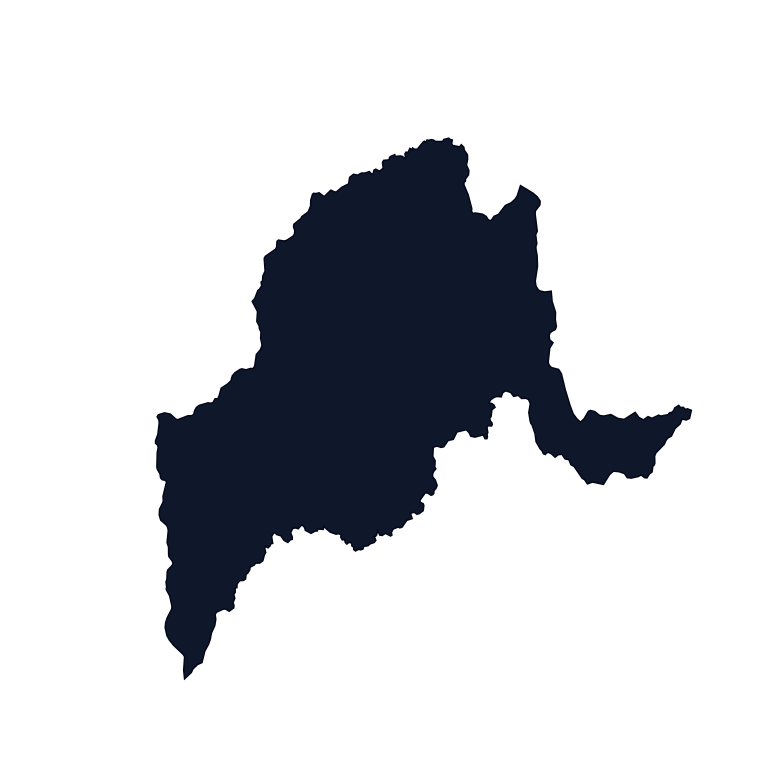 Grão Mogol, Minas Gerais, Brazil, rotated 342°
{"feature_id": "56859067B79659149842154", "entity_name": "Grão Mogol", "entity_type": "district", "adm_level": 2, "iso_a3": "BRA", "parent_name": "Brazil", "parent_adm1": "Minas Gerais", "projection": "natural_earth1", "projection_center": [-42.964, -16.475], "detail": "fine", "context": "isolated", "style": "filled", "palette": "ink", "viewbox_px": 768, "rotation_deg": 342, "n_neighbors": 0, "source": "geoboundaries", "source_scale": "gbopen_adm2", "svg_char_len": 6158}
<svg xmlns="http://www.w3.org/2000/svg" viewBox="0 0 768 768"><g transform="rotate(342 384 384)"><path d="M660.2,511.6L663.9,511.2L668.2,504.0L665.0,501.4L662.6,501.2L661.5,498.7L658.6,497.9L657.7,495.4L652.9,496.7L651.5,498.6L649.4,499.8L646.6,499.7L644.6,500.9L637.2,500.0L635.7,498.5L628.3,499.4L625.0,496.6L619.7,498.3L616.1,494.6L614.1,488.6L601.5,491.9L595.8,489.0L590.3,483.1L583.1,482.4L579.4,480.6L575.8,475.2L572.0,472.9L570.1,473.1L563.4,479.0L559.0,481.0L556.6,476.6L554.7,470.8L554.3,462.5L554.6,445.7L555.9,429.0L554.6,424.1L548.8,420.4L547.6,419.0L546.7,415.9L547.2,413.4L552.7,401.1L557.5,397.0L555.2,393.1L556.1,388.7L557.5,386.9L559.5,385.9L563.8,385.1L565.7,382.6L566.9,375.5L569.3,368.8L569.4,357.4L571.7,347.4L565.4,346.2L561.5,344.0L559.9,342.3L558.8,337.9L559.2,335.4L559.7,332.7L566.4,319.4L569.3,309.2L570.2,302.8L570.9,300.3L572.7,297.7L574.4,288.9L577.0,286.0L580.3,268.9L581.6,266.0L587.6,261.9L589.0,258.3L587.5,253.1L584.4,248.2L575.1,237.5L568.9,246.2L565.7,248.8L560.7,251.0L554.6,251.7L545.3,258.1L540.5,258.5L537.0,261.2L535.3,261.5L533.7,259.4L533.0,256.3L530.3,253.0L523.8,249.6L521.2,249.3L520.6,246.8L521.7,244.2L522.5,230.0L521.6,219.4L522.4,216.9L524.1,216.3L524.9,214.1L529.0,211.2L530.7,207.2L530.1,201.3L533.0,196.0L534.2,191.6L532.6,186.3L533.1,183.6L531.5,180.3L529.2,181.8L523.2,178.4L522.5,176.7L524.4,173.0L522.6,172.1L521.5,170.2L516.3,169.9L515.2,171.3L513.5,171.1L507.9,169.2L506.5,167.3L504.3,166.1L501.9,166.1L500.3,165.2L498.3,167.1L497.4,165.6L495.8,166.1L488.3,170.9L485.7,170.2L484.1,168.4L483.3,169.9L481.4,167.9L478.5,171.1L476.5,170.3L475.0,171.6L474.6,174.6L473.3,175.7L472.0,173.4L470.0,172.1L465.2,171.1L465.1,169.2L460.5,169.6L459.0,170.5L458.4,172.4L452.7,171.2L451.0,172.8L449.9,178.5L445.5,180.2L442.5,177.1L440.5,177.5L438.3,181.2L436.8,179.8L435.6,177.4L431.2,177.5L427.7,176.4L423.5,177.2L419.8,175.1L415.2,176.8L412.2,182.7L404.5,183.9L398.1,186.6L396.3,186.1L393.4,183.2L385.0,187.3L381.4,182.1L377.8,181.8L376.2,180.9L374.7,181.4L371.2,186.4L369.2,192.0L365.1,196.9L357.6,199.4L355.9,201.0L347.7,204.2L346.5,206.6L346.6,210.3L345.5,213.1L343.7,215.1L335.6,217.3L333.1,217.1L328.1,214.5L326.3,215.3L324.1,220.7L322.6,222.2L310.6,225.9L308.9,227.5L305.8,239.9L302.2,243.7L300.3,248.4L298.6,249.1L298.0,252.8L294.8,255.4L292.9,256.1L287.5,262.8L284.2,264.7L286.1,276.0L282.4,285.1L283.2,290.7L282.6,292.7L283.1,296.5L280.8,302.4L280.0,309.4L277.3,313.0L271.7,316.5L266.6,326.9L264.3,328.9L261.7,327.9L257.2,327.9L253.6,325.7L251.6,325.6L245.6,327.3L242.3,329.3L239.4,333.7L234.8,335.8L227.9,337.6L223.3,344.6L221.2,346.8L218.8,345.8L215.7,348.8L213.5,348.8L210.7,347.5L201.6,347.2L198.1,348.5L195.5,351.0L193.9,353.8L191.9,354.8L187.4,353.6L176.9,354.2L175.3,353.2L171.5,346.6L166.3,343.6L159.9,343.5L158.1,345.1L158.8,348.4L158.3,351.3L153.4,362.0L149.2,367.3L148.4,369.8L149.8,372.2L149.6,374.6L147.2,379.0L142.3,392.9L142.1,395.2L143.2,400.2L142.5,404.4L143.5,406.5L145.9,407.8L147.1,409.6L139.2,422.4L137.7,427.7L131.8,433.8L129.7,439.3L129.6,444.5L133.7,451.4L133.9,454.0L133.5,456.8L128.7,467.8L128.7,472.5L126.4,479.8L126.1,481.7L127.9,487.0L127.9,489.4L126.6,491.0L120.9,494.0L119.8,495.6L117.2,502.6L115.5,504.9L114.6,509.7L113.4,512.1L114.7,519.3L113.6,530.1L112.4,532.6L105.7,539.2L102.7,543.3L100.6,548.1L99.8,556.1L100.7,560.9L103.1,567.4L109.5,579.2L110.1,581.7L105.0,594.4L103.2,602.8L111.5,598.9L114.2,596.0L119.9,593.2L124.8,592.7L131.0,582.7L136.6,577.4L139.7,573.4L143.0,567.4L148.4,561.5L151.3,555.8L152.2,551.0L154.1,549.3L162.1,548.4L164.0,549.3L166.5,552.3L171.9,550.5L172.9,548.2L172.9,545.2L175.9,541.7L176.1,537.6L178.1,536.2L179.5,531.8L181.1,532.3L182.5,528.8L186.0,526.5L189.9,527.4L192.1,526.6L194.0,522.4L195.8,521.9L198.8,519.4L200.1,516.8L204.6,516.1L206.6,514.7L210.4,515.9L214.1,514.7L217.6,509.3L219.4,507.8L219.8,503.4L221.2,501.9L223.0,504.0L225.6,502.8L227.1,501.0L228.9,501.2L230.0,494.3L233.0,491.7L234.8,492.0L235.2,493.9L239.0,496.5L240.6,501.9L243.6,505.0L246.7,503.3L248.7,503.4L249.5,501.2L249.3,496.6L252.6,493.1L255.5,493.6L257.7,495.2L262.3,492.5L264.1,495.8L264.0,498.9L268.5,503.5L273.1,502.6L275.0,503.2L276.4,501.5L281.2,503.5L282.5,500.8L287.0,508.2L291.9,512.0L294.9,512.4L296.6,514.4L295.5,516.3L296.1,519.3L298.4,520.0L298.2,522.8L299.2,524.8L300.7,524.1L303.2,524.1L304.0,526.2L303.4,527.9L304.7,529.9L304.0,532.1L305.3,534.0L308.9,533.4L310.6,534.5L312.9,534.5L314.7,532.1L318.8,532.9L321.2,531.8L325.7,531.7L327.9,530.2L327.8,528.1L326.7,526.0L328.6,526.4L330.3,525.3L332.6,521.5L333.3,526.4L335.4,527.5L339.2,526.5L343.3,530.6L344.8,530.2L345.2,527.4L347.8,524.8L353.2,524.4L354.6,525.7L357.0,525.7L363.5,520.7L369.2,520.7L369.2,515.1L373.2,515.4L375.0,518.0L377.4,518.2L382.1,516.6L384.3,512.0L384.3,510.0L381.8,507.5L382.4,505.6L389.5,500.3L391.8,501.2L394.4,504.4L396.3,504.3L397.7,503.2L398.4,501.0L401.1,499.4L403.2,497.0L403.1,491.1L401.6,487.3L402.4,484.7L404.1,482.6L407.0,480.8L406.7,478.4L408.9,472.9L408.0,468.1L411.3,459.4L415.1,459.4L418.8,462.0L421.5,462.2L427.6,457.5L432.8,458.1L438.5,452.2L448.1,452.9L449.9,456.6L450.4,460.5L454.0,462.6L462.6,463.1L463.2,467.3L465.0,467.8L466.1,466.2L466.3,464.0L467.7,462.3L468.5,457.3L470.0,455.8L473.3,457.2L474.5,455.9L474.6,454.0L473.7,451.8L474.0,449.3L475.8,448.0L478.7,441.8L482.4,440.5L482.0,437.8L480.3,435.7L478.2,434.8L479.2,433.1L481.1,431.8L485.1,430.7L487.7,430.8L491.5,432.5L494.1,429.1L495.8,428.5L497.7,428.2L501.9,431.2L503.5,435.9L508.2,436.3L510.4,440.3L514.4,441.4L516.7,443.4L517.1,447.8L512.9,455.9L511.6,463.8L511.5,466.8L512.2,468.8L512.3,478.0L510.8,485.9L512.4,493.5L513.8,496.8L514.0,499.6L515.6,500.9L517.4,499.8L519.3,499.8L521.7,502.2L524.1,506.5L527.7,505.1L531.5,505.8L533.0,511.2L536.5,513.2L536.8,518.5L539.3,521.1L543.4,535.0L545.2,536.9L546.6,541.9L552.0,541.7L561.7,547.3L570.4,539.9L575.2,537.8L580.2,539.9L585.0,543.4L586.4,548.3L590.1,549.9L597.2,550.6L600.4,550.0L603.0,553.7L605.1,554.6L608.5,551.6L611.8,550.5L614.2,545.4L616.0,544.5L617.1,543.0L619.1,536.2L621.2,533.6L631.8,528.0L634.9,524.6L637.2,523.1L641.3,522.3L647.1,516.2L653.3,513.5L656.6,509.4L660.2,511.6Z" fill="#0f172a" stroke="#020617" stroke-width="1.5"/></g></svg>